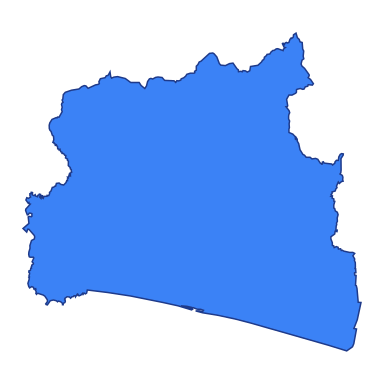 the district of Kebumen, Jawa Tengah, Indonesia
{"feature_id": "22746128B26305825050369", "entity_name": "Kebumen", "entity_type": "district", "adm_level": 2, "iso_a3": "IDN", "parent_name": "Indonesia", "parent_adm1": "Jawa Tengah", "projection": "natural_earth1", "projection_center": [109.604, -7.644], "detail": "fine", "context": "isolated", "style": "filled", "palette": "blue", "viewbox_px": 384, "rotation_deg": 0, "n_neighbors": 0, "source": "geoboundaries", "source_scale": "gbopen_adm2", "svg_char_len": 5769}
<svg xmlns="http://www.w3.org/2000/svg" viewBox="0 0 384 384"><path d="M62.1,100.0L63.0,102.4L61.9,103.2L61.5,104.5L62.2,107.2L61.5,109.7L62.2,111.6L59.1,117.1L57.4,117.1L57.0,117.9L56.0,117.7L52.0,119.4L49.8,122.9L49.2,125.2L49.3,128.6L49.9,130.2L51.1,131.5L52.3,135.2L53.5,136.2L53.8,139.7L52.9,142.4L54.0,142.6L54.1,143.5L55.1,144.0L55.3,145.4L56.0,145.4L56.1,144.6L56.4,144.7L56.7,145.8L57.5,146.4L57.7,148.8L58.6,148.9L59.1,150.0L60.0,149.3L60.7,151.7L62.0,152.3L62.0,153.4L63.6,153.6L64.7,155.2L65.8,155.5L65.5,157.9L67.5,159.1L67.4,160.2L68.4,161.2L68.3,165.6L70.3,167.6L70.3,168.8L71.3,169.6L71.3,171.4L71.7,172.1L70.3,173.1L70.4,175.4L69.9,174.9L69.7,175.9L69.3,175.9L69.1,175.0L68.5,177.0L67.5,177.1L68.2,178.2L67.4,178.9L67.5,180.6L66.7,180.7L66.0,182.6L63.7,185.0L60.8,184.4L59.1,183.0L56.4,183.4L55.6,186.2L54.7,186.2L53.6,187.3L52.3,187.4L51.0,191.0L49.5,192.4L49.6,193.7L48.7,195.6L47.1,195.4L47.0,196.3L43.9,196.4L43.2,198.4L42.4,197.8L42.4,195.7L41.7,195.6L41.0,198.5L39.6,197.0L40.4,195.8L40.5,194.4L39.3,194.1L38.9,194.9L37.9,195.3L37.4,196.7L35.6,196.0L35.2,194.7L34.0,195.6L32.2,194.8L32.6,192.7L32.2,192.4L31.2,192.3L30.9,193.5L29.9,193.7L29.9,195.7L30.6,197.0L28.4,198.4L26.8,197.7L25.9,200.0L28.2,203.2L28.9,202.5L29.3,203.7L30.3,204.1L25.8,209.1L25.6,210.5L27.3,214.9L28.2,214.7L29.3,213.1L30.7,213.2L31.9,213.7L31.9,216.2L31.4,216.7L29.2,216.4L28.2,216.9L28.9,223.4L23.0,228.5L26.7,232.1L27.8,229.2L28.9,229.3L34.3,235.5L34.7,236.9L34.3,239.0L31.5,240.5L29.9,245.5L30.0,248.3L28.9,252.0L28.7,254.4L29.2,256.7L30.1,257.2L33.3,257.2L33.8,258.0L32.1,261.8L33.4,263.2L33.4,263.9L31.7,265.2L31.8,266.1L31.1,267.2L31.5,268.1L30.7,268.6L30.4,270.4L28.9,270.9L28.9,272.4L29.5,272.8L29.6,273.8L29.0,275.7L29.4,276.6L28.8,277.1L29.3,277.6L29.0,278.0L29.3,278.8L27.9,283.4L28.7,286.4L29.6,287.9L31.8,286.6L33.5,287.4L33.9,289.0L35.7,288.6L35.9,289.4L35.2,289.9L36.2,291.6L35.9,293.6L36.6,294.3L37.1,293.4L38.1,293.4L43.1,295.0L44.8,296.1L47.4,299.9L47.4,301.6L45.7,303.9L46.2,304.6L47.4,304.9L50.3,300.7L53.4,300.0L56.5,300.8L57.5,301.8L58.4,301.1L60.6,301.7L62.5,303.4L62.5,304.7L63.2,304.7L63.2,303.3L64.8,302.6L65.3,301.6L65.2,300.4L64.6,299.9L65.1,299.1L64.8,298.4L67.1,296.7L69.5,297.0L70.6,298.2L71.8,296.9L73.3,296.6L74.1,295.7L75.2,295.8L75.5,296.9L77.4,294.0L78.1,294.4L78.1,295.5L79.2,295.8L81.0,295.0L82.7,293.3L83.1,294.4L84.1,293.1L85.4,293.9L86.6,293.1L87.3,290.0L107.7,292.5L130.6,296.0L163.0,302.5L178.0,305.8L191.6,309.9L192.6,309.2L191.6,308.3L186.8,307.8L180.9,305.8L186.9,306.3L191.7,307.4L192.1,308.0L193.0,307.6L197.2,309.2L200.7,309.3L203.5,310.3L202.5,311.7L199.6,310.9L195.6,310.9L202.7,312.8L216.9,315.1L234.7,318.9L249.5,322.7L328.3,345.2L346.7,350.9L352.5,346.8L353.8,343.7L356.5,329.0L353.9,328.5L357.3,319.7L361.0,302.5L358.2,302.3L357.0,288.5L356.3,285.7L355.5,285.3L356.1,275.5L355.0,275.4L354.5,273.9L354.6,272.8L355.9,272.6L355.6,268.6L355.0,268.5L355.4,267.1L355.3,262.6L354.4,260.4L354.7,259.0L352.9,255.8L354.7,253.4L352.8,252.4L349.6,252.4L343.7,251.1L342.3,250.2L341.3,250.5L340.6,248.8L338.4,249.0L338.1,247.3L336.3,246.6L334.2,247.6L333.7,245.8L332.4,245.5L332.3,242.6L330.9,239.0L330.9,236.8L334.7,234.0L335.1,231.3L337.0,231.6L337.2,230.1L335.9,230.0L336.2,226.0L336.7,224.7L336.5,223.0L337.4,221.3L337.2,218.0L338.1,214.7L337.3,212.2L335.3,210.9L334.7,208.5L333.8,208.0L333.8,204.9L334.8,201.4L333.9,201.2L333.8,198.9L332.1,198.1L332.4,196.1L331.0,196.2L331.8,195.2L331.1,194.5L332.2,193.1L332.0,192.0L335.2,191.0L335.9,188.8L337.0,187.7L336.5,186.1L338.3,182.0L339.3,183.5L341.6,181.5L343.1,181.2L342.7,179.8L342.9,177.2L342.3,175.4L340.0,174.0L340.8,172.7L341.1,170.1L341.0,158.6L343.2,155.1L343.3,153.9L341.6,153.6L340.2,154.4L338.8,156.9L338.3,160.4L336.4,160.3L335.0,161.9L334.8,163.2L332.6,165.0L331.7,164.0L324.1,163.1L323.4,161.8L322.4,162.1L322.3,164.0L321.9,164.2L320.1,162.9L317.8,159.3L315.6,158.4L312.0,158.9L310.1,157.3L306.2,157.3L304.5,155.2L302.9,154.4L300.0,149.7L298.7,143.6L297.3,141.2L297.2,139.2L296.1,137.5L295.7,139.3L295.4,139.1L295.3,136.8L292.8,134.1L289.0,132.5L288.9,129.3L289.4,127.6L289.1,123.9L289.6,121.0L288.6,119.0L288.6,116.5L288.8,114.7L289.7,112.7L289.1,110.7L286.0,106.7L287.4,106.5L287.7,105.7L286.6,99.3L289.0,95.0L292.0,95.1L295.7,93.2L296.4,92.3L296.5,89.7L297.0,89.3L300.2,88.5L302.7,89.3L304.0,89.1L305.3,86.8L307.7,86.3L308.2,84.7L312.4,85.1L313.4,83.7L310.5,79.4L308.1,77.7L309.2,75.7L309.1,74.7L304.6,68.4L301.9,66.0L301.1,64.0L302.0,60.2L303.8,58.8L303.2,56.3L303.7,51.0L302.7,49.1L302.2,42.5L300.0,41.8L299.2,39.4L297.4,37.7L296.0,33.1L293.5,34.8L293.3,36.9L292.8,37.6L291.5,38.5L291.1,38.0L290.0,39.3L288.9,42.4L287.3,43.0L286.3,42.4L285.2,43.0L284.4,44.4L284.0,43.6L283.0,43.2L282.4,43.7L284.2,47.5L285.2,47.6L283.4,49.2L283.1,50.6L277.8,48.7L276.2,48.9L274.2,50.4L273.0,50.4L271.1,51.9L269.8,54.0L267.0,54.4L266.5,55.5L264.3,57.3L264.4,58.1L263.6,59.7L262.5,60.2L261.6,61.9L257.9,65.3L250.5,66.5L249.8,70.7L247.3,72.1L245.5,70.9L243.0,70.6L242.2,71.8L241.0,71.3L238.5,71.7L238.3,69.8L237.0,68.8L233.0,63.1L229.5,63.6L225.4,65.6L220.7,65.1L219.3,63.5L216.8,56.9L214.1,53.8L212.8,53.0L209.5,53.4L201.0,61.2L199.2,62.0L197.9,64.6L196.3,66.2L196.3,70.2L194.6,71.3L194.8,72.7L193.9,73.2L190.3,73.2L186.8,74.3L185.7,76.1L183.7,77.8L181.2,78.8L180.7,80.2L178.6,80.9L176.8,80.7L175.7,82.4L174.0,80.8L164.6,80.4L162.1,77.5L158.0,77.0L155.6,77.4L152.7,79.0L150.9,78.4L149.4,78.9L147.6,81.5L146.5,85.9L144.8,88.5L141.1,85.5L139.2,82.5L130.7,82.5L125.3,78.5L117.6,76.6L113.9,77.1L111.6,78.1L110.7,76.6L110.0,71.9L108.5,74.7L107.8,75.5L106.3,75.8L105.1,77.7L100.4,78.7L98.9,81.7L99.3,83.6L98.2,84.4L95.5,84.9L88.1,88.3L85.9,85.9L84.2,85.6L81.6,86.7L78.9,89.0L71.5,90.2L65.3,92.3L63.3,94.6L62.8,99.2L62.1,100.0Z" fill="#3b82f6" stroke="#1e3a8a" stroke-width="1.5"/></svg>